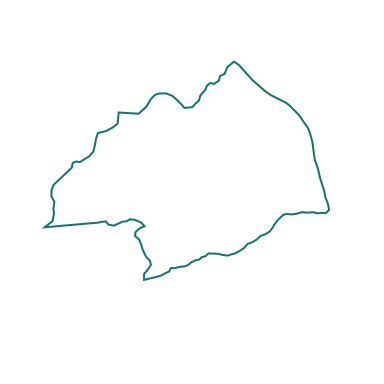 the district of Praia Norte, Tocantins, Brazil, rotated 46°
{"feature_id": "56859067B13207175256086", "entity_name": "Praia Norte", "entity_type": "district", "adm_level": 2, "iso_a3": "BRA", "parent_name": "Brazil", "parent_adm1": "Tocantins", "projection": "orthographic", "projection_center": [-47.779, -5.489], "detail": "fine", "context": "isolated", "style": "outline", "palette": "teal", "viewbox_px": 384, "rotation_deg": 46, "n_neighbors": 0, "source": "geoboundaries", "source_scale": "gbopen_adm2", "svg_char_len": 1773}
<svg xmlns="http://www.w3.org/2000/svg" viewBox="0 0 384 384"><g transform="rotate(46 192 192)"><path d="M115.1,322.4L148.5,281.2L151.1,277.2L153.3,274.4L157.5,274.7L161.9,271.6L163.4,267.5L165.0,262.7L167.7,259.2L168.5,255.5L172.7,252.2L178.8,249.8L183.6,249.9L181.8,254.8L181.6,260.5L184.1,263.5L189.6,263.1L194.2,264.9L198.3,267.1L202.9,268.8L207.1,270.1L211.8,269.9L215.9,272.1L217.0,276.9L217.7,283.4L221.9,287.5L229.0,275.5L230.7,272.1L232.0,267.3L233.3,263.6L232.0,259.9L234.6,257.7L237.5,252.6L240.6,248.7L241.9,245.1L242.1,241.3L243.6,236.9L245.6,233.8L245.6,230.4L247.6,226.7L247.6,222.9L251.1,219.4L254.8,216.0L258.3,213.9L262.5,210.5L264.5,206.5L266.3,203.2L267.6,198.0L268.5,193.0L267.9,188.2L270.0,183.6L271.1,178.6L271.3,172.9L273.5,168.1L274.4,163.2L273.7,158.7L272.6,155.0L271.8,150.8L271.8,146.0L271.8,142.1L273.9,138.8L277.3,136.0L280.3,131.8L283.0,126.8L286.8,123.6L290.9,118.7L294.6,116.5L297.1,113.2L300.1,110.6L300.1,105.8L294.8,102.4L288.0,99.5L283.6,96.4L270.9,90.2L262.9,85.3L253.5,80.9L240.1,71.0L235.3,68.2L230.2,65.6L226.2,64.1L210.7,61.6L198.1,61.7L193.4,62.3L177.1,68.0L169.2,69.5L157.4,70.4L153.7,70.8L138.2,70.2L133.1,70.0L127.4,71.3L126.7,79.9L129.6,86.4L128.1,91.4L130.5,95.3L129.6,101.0L126.3,103.0L125.9,107.3L127.8,111.5L128.3,118.7L131.1,123.6L130.9,127.5L131.1,133.0L126.3,139.0L122.0,138.8L116.0,138.8L109.0,139.4L102.9,142.3L98.4,147.1L96.4,151.2L96.7,157.8L98.9,165.0L98.6,176.0L92.1,182.0L83.9,189.5L87.2,193.3L91.2,198.1L90.4,204.5L88.5,211.4L84.2,218.8L86.9,223.8L91.1,229.7L94.5,234.9L94.9,241.7L93.9,245.4L92.7,251.7L89.4,254.3L88.2,257.6L91.0,261.6L90.9,272.5L90.7,286.5L93.1,291.8L97.7,296.3L103.3,297.7L108.1,303.7L111.3,305.8L116.2,312.7L115.5,317.7L115.1,322.4Z" fill="none" stroke="#0f766e" stroke-width="2"/></g></svg>